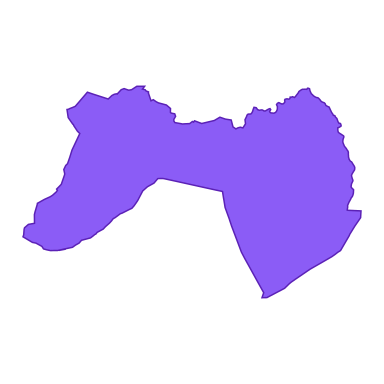 the district of San Mateo Peñasco, Oaxaca, Mexico
{"feature_id": "50627088B42338204291067", "entity_name": "San Mateo Peñasco", "entity_type": "district", "adm_level": 2, "iso_a3": "MEX", "parent_name": "Mexico", "parent_adm1": "Oaxaca", "projection": "robinson", "projection_center": [-97.488, 17.14], "detail": "fine", "context": "isolated", "style": "filled", "palette": "violet", "viewbox_px": 384, "rotation_deg": 0, "n_neighbors": 0, "source": "geoboundaries", "source_scale": "gbopen_adm2", "svg_char_len": 4307}
<svg xmlns="http://www.w3.org/2000/svg" viewBox="0 0 384 384"><path d="M245.0,119.7L245.5,123.8L242.9,127.9L240.4,127.2L238.0,127.8L235.9,128.9L233.0,126.9L231.2,120.0L225.4,119.1L219.9,117.2L214.3,120.5L201.7,123.5L194.5,120.8L193.6,122.1L192.4,121.5L189.7,123.6L185.2,123.8L182.3,124.0L181.2,123.7L174.9,122.6L173.9,121.1L173.8,119.5L175.6,116.3L174.7,113.8L171.2,113.1L170.4,112.3L170.5,108.5L166.4,105.0L162.0,103.8L158.5,102.9L156.3,101.8L153.3,99.7L151.0,100.8L148.4,93.0L148.5,91.9L146.1,91.0L145.2,89.8L142.5,89.1L144.6,86.3L143.2,86.3L136.8,86.3L131.6,89.7L128.7,90.2L124.1,88.6L121.2,89.7L117.1,94.1L116.5,93.8L114.2,94.3L111.9,95.5L108.2,99.0L93.0,94.1L87.4,92.2L75.3,106.3L72.3,107.6L69.9,108.5L68.3,109.3L67.0,109.5L68.2,117.6L72.8,124.2L73.3,124.4L73.8,125.7L77.5,131.3L79.8,133.5L72.0,150.1L69.8,157.2L67.5,163.8L67.0,164.2L66.8,164.4L65.7,165.5L63.8,169.5L64.7,173.7L64.6,174.7L61.3,184.3L59.0,186.7L58.6,187.1L56.6,189.1L57.4,190.3L56.3,191.9L52.5,195.3L50.3,196.7L44.4,199.4L37.4,203.3L37.2,204.6L35.1,211.7L34.4,214.6L34.5,223.3L28.4,224.4L24.5,227.8L24.1,229.4L23.7,234.8L23.0,236.8L32.4,242.4L35.9,243.1L41.6,246.2L42.0,246.5L43.5,248.9L46.7,249.8L50.5,250.6L54.1,250.5L57.5,250.5L60.8,249.8L60.6,250.1L64.3,249.4L63.9,249.1L72.5,247.3L75.5,245.1L79.1,243.1L81.5,240.3L90.5,237.9L92.9,236.1L94.8,234.5L95.9,234.0L97.1,232.4L101.5,230.0L103.2,229.1L105.4,226.7L108.8,223.7L109.5,223.1L111.7,220.7L112.3,219.8L113.3,218.6L115.0,217.7L119.3,214.5L120.4,213.7L122.0,213.2L129.5,209.4L130.6,208.9L130.9,208.8L132.0,208.2L134.0,205.9L135.9,203.2L136.2,202.8L137.7,200.5L138.5,199.1L138.6,198.8L142.8,190.8L143.0,190.7L147.5,186.7L154.0,183.1L157.8,178.6L160.0,178.5L161.1,178.5L161.4,178.5L161.5,178.5L162.2,178.5L162.9,178.5L164.2,178.7L174.8,181.0L184.3,183.1L201.5,186.9L216.1,190.1L221.8,191.3L222.5,191.5L223.6,198.5L223.7,198.8L225.1,207.5L229.4,219.3L229.8,220.8L229.9,221.0L230.0,221.2L231.5,225.8L241.4,252.1L244.8,258.6L249.3,266.7L256.2,279.2L263.7,292.7L262.0,297.7L266.9,297.6L284.6,288.3L289.1,283.9L291.0,282.3L292.1,281.5L294.6,279.8L295.2,279.3L296.0,278.8L309.9,269.3L331.8,256.7L335.2,254.3L336.1,253.6L337.9,252.2L340.2,250.8L340.7,250.3L349.2,235.7L349.8,234.2L350.2,233.6L354.9,226.0L360.6,217.7L361.0,210.9L347.9,210.3L347.2,210.1L347.7,207.1L347.6,205.4L348.4,203.6L348.9,202.4L350.6,199.3L351.3,197.7L352.3,196.6L353.0,194.8L353.4,193.1L353.5,191.0L353.6,189.8L353.2,189.3L352.2,188.4L351.2,187.2L351.1,186.6L351.2,186.0L351.5,183.9L352.9,180.9L352.9,180.2L352.3,178.6L351.7,176.6L351.5,175.6L351.9,174.3L352.4,173.4L353.3,171.9L354.6,169.8L354.8,167.8L354.5,166.7L354.1,165.9L353.4,164.8L352.7,163.7L352.0,162.5L351.5,161.8L350.5,161.3L349.9,160.5L349.1,159.2L348.9,158.3L348.5,157.1L348.5,156.0L348.3,153.7L348.4,153.0L348.3,152.0L347.8,150.8L347.0,149.8L346.3,148.5L345.3,147.3L344.4,146.2L344.0,145.2L343.5,144.0L343.2,143.3L342.8,141.9L342.9,140.5L343.1,139.2L343.9,136.9L343.6,135.9L341.1,134.2L339.3,133.1L338.3,132.2L338.0,131.2L337.8,130.0L337.8,127.8L338.8,127.5L340.6,126.5L341.1,126.0L341.1,125.4L340.7,124.0L340.4,123.5L339.6,123.3L339.1,123.4L338.0,121.7L336.9,118.5L335.3,116.9L335.1,116.0L334.5,115.5L333.4,115.4L332.8,114.1L331.6,112.4L330.5,110.1L329.1,107.0L328.0,106.6L326.9,106.0L326.0,105.6L325.5,104.6L325.1,103.6L324.5,103.0L324.1,102.7L323.5,102.5L322.2,102.0L321.3,101.4L320.6,100.7L320.2,100.0L319.3,99.0L318.3,98.0L317.7,97.7L317.1,97.6L316.4,97.5L315.3,97.0L314.2,96.3L313.1,95.5L312.6,94.8L311.3,93.7L310.4,91.7L309.8,90.3L309.8,90.0L309.6,88.9L309.5,88.7L308.3,88.2L307.5,88.2L306.8,89.3L306.2,89.3L305.7,89.2L302.3,89.3L301.0,90.0L298.9,91.5L298.4,92.6L297.4,94.0L296.5,95.1L295.7,96.2L294.5,97.5L292.6,96.7L291.6,97.1L290.5,97.1L290.1,97.2L290.2,97.7L289.7,98.7L288.8,99.2L287.6,98.9L286.4,98.9L285.0,99.3L284.6,100.1L284.8,100.9L284.8,102.1L283.5,103.7L281.9,104.0L280.6,103.5L279.1,102.7L278.7,102.6L277.4,103.3L276.5,104.6L277.4,106.6L277.3,109.3L276.6,111.0L275.6,112.4L273.9,113.2L272.2,113.0L270.9,112.9L270.1,112.4L269.6,111.4L270.7,109.7L270.0,108.6L269.2,108.8L267.4,109.7L265.5,110.9L264.1,111.0L262.5,110.0L261.3,109.9L259.3,110.3L257.6,109.6L256.2,107.7L254.0,107.3L253.2,109.3L252.6,111.4L251.9,112.8L250.8,114.0L248.1,114.1L247.1,115.0L246.4,116.9L245.0,119.7Z" fill="#8b5cf6" stroke="#5b21b6" stroke-width="1.5"/></svg>